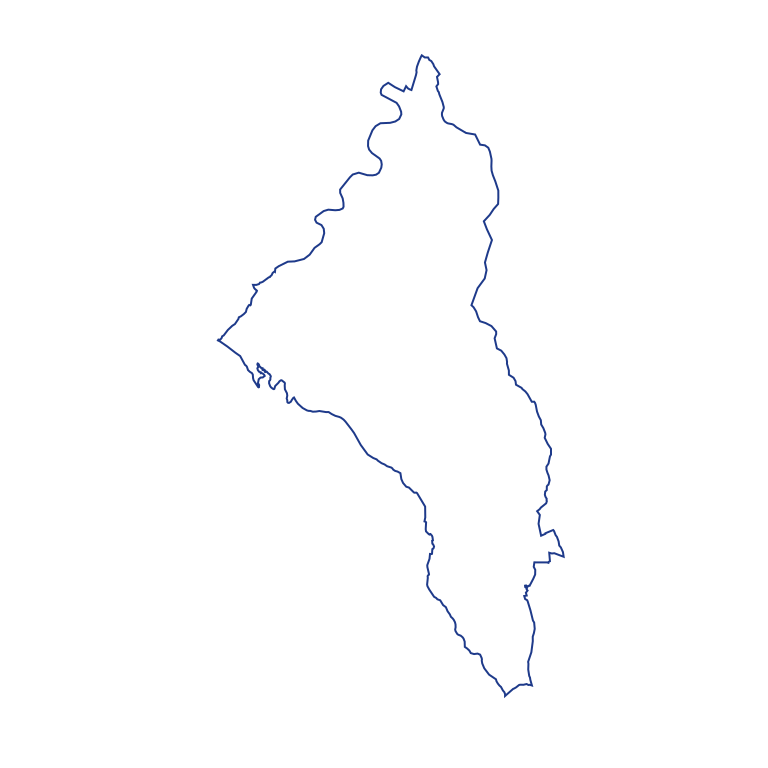 Valea Lunga, Alba, Romania (Natural Earth projection), rotated 84°
{"feature_id": "2599482B95544778278344", "entity_name": "Valea Lunga", "entity_type": "district", "adm_level": 2, "iso_a3": "ROU", "parent_name": "Romania", "parent_adm1": "Alba", "projection": "natural_earth1", "projection_center": [24.097, 46.129], "detail": "fine", "context": "isolated", "style": "outline", "palette": "blue", "viewbox_px": 768, "rotation_deg": 84, "n_neighbors": 0, "source": "geoboundaries", "source_scale": "gbopen_adm2", "svg_char_len": 6134}
<svg xmlns="http://www.w3.org/2000/svg" viewBox="0 0 768 768"><g transform="rotate(84 384 384)"><path d="M278.3,501.1L278.6,500.9L279.1,501.2L285.2,506.6L291.3,508.2L291.8,508.8L291.3,509.8L291.9,510.5L294.9,512.7L297.9,513.8L299.8,516.1L301.8,519.4L302.5,521.4L304.1,522.0L308.8,526.0L310.3,528.9L313.9,533.6L318.9,538.3L319.7,540.0L321.2,540.6L322.5,541.9L322.8,542.6L322.5,544.0L323.3,544.6L324.4,542.8L330.4,535.8L337.4,528.5L341.2,524.1L350.4,520.3L351.5,519.1L352.7,518.5L355.9,517.8L357.8,516.2L359.4,514.2L360.9,513.5L364.5,513.6L366.6,513.3L373.9,509.5L374.2,509.1L374.1,508.7L372.0,508.3L371.6,508.4L371.6,508.8L370.8,508.9L370.5,509.4L366.2,508.1L364.7,506.1L364.8,503.9L363.5,501.8L362.3,502.2L361.0,503.4L360.4,504.5L360.4,505.4L359.5,505.3L358.8,506.9L357.0,508.0L355.1,508.3L353.6,507.0L352.8,507.5L351.1,507.9L350.4,507.5L350.7,506.9L352.1,506.2L353.7,506.0L354.1,505.2L355.1,504.6L355.6,503.2L356.4,503.5L357.3,503.3L357.8,502.4L357.7,502.0L357.1,501.8L357.3,501.4L358.8,500.5L359.2,501.1L359.5,501.1L359.7,500.5L359.3,499.8L359.4,499.4L361.6,497.8L362.1,496.9L364.0,495.9L364.8,495.8L365.9,496.4L367.4,496.5L368.4,497.0L369.1,497.9L371.3,498.2L374.3,497.4L375.5,496.7L377.1,495.1L377.6,494.1L377.4,493.6L374.6,492.4L371.8,488.9L370.4,487.7L369.6,486.3L369.6,485.4L372.2,482.7L373.0,482.5L375.1,482.9L378.9,483.1L383.0,481.5L385.4,481.4L388.3,482.3L389.9,481.9L391.9,482.0L392.6,481.5L392.9,480.5L391.9,478.5L390.3,477.4L388.3,475.6L388.0,474.9L391.4,473.5L394.6,471.7L399.3,467.5L402.2,463.4L402.8,461.9L403.1,460.0L404.1,457.7L404.3,454.4L404.1,451.1L405.9,444.5L406.1,442.0L408.4,439.2L410.6,435.7L412.1,431.9L413.1,430.2L415.2,427.9L417.3,426.3L425.4,421.3L429.6,418.9L442.2,413.5L452.4,407.6L456.5,402.4L458.2,399.2L459.6,398.1L462.5,394.7L464.1,391.8L466.1,389.5L467.9,385.4L468.8,384.5L470.1,383.8L471.6,382.0L472.5,379.7L474.4,377.0L480.4,376.7L484.4,375.4L488.5,372.6L489.6,370.0L495.0,365.6L495.3,365.0L495.4,363.2L496.0,362.5L510.2,355.9L521.0,356.9L524.9,358.1L525.4,357.0L526.0,356.6L532.8,357.7L535.0,357.6L538.1,355.1L538.5,354.4L538.0,353.8L538.0,353.5L539.8,352.2L541.2,351.8L544.3,351.7L544.6,351.7L544.9,352.5L547.7,352.6L548.2,352.4L548.6,351.9L550.9,351.2L552.5,351.9L553.1,352.6L553.1,353.0L553.3,353.2L557.9,354.0L558.1,354.5L557.8,356.0L562.6,357.0L568.7,359.9L570.6,360.0L577.9,359.1L578.4,359.3L579.0,360.3L579.7,360.7L581.4,360.7L588.0,362.1L589.7,361.9L593.1,360.5L600.9,356.4L602.2,354.5L603.7,353.4L605.0,350.7L610.1,348.3L612.4,345.8L616.7,344.5L620.0,342.6L622.5,341.8L624.2,340.3L625.8,339.3L628.4,338.3L630.7,338.0L633.4,338.2L635.6,338.9L637.2,338.7L640.2,337.3L641.1,336.4L642.3,334.0L644.1,332.3L645.5,331.5L648.6,330.7L653.9,331.1L655.7,329.0L658.0,327.0L660.7,325.8L662.0,322.7L661.9,319.1L663.2,316.7L666.8,315.5L668.1,315.4L669.4,315.7L672.2,315.5L677.2,314.0L684.0,309.9L689.4,303.5L691.4,303.2L693.8,302.1L696.0,300.7L697.5,299.3L701.2,297.8L703.1,296.5L705.2,296.0L706.9,296.2L700.7,287.4L700.4,286.3L699.5,284.3L697.5,281.2L697.3,280.1L697.7,276.8L697.3,273.5L698.4,271.9L698.4,270.5L699.3,268.4L693.5,269.4L691.2,269.5L689.5,270.1L683.0,270.4L677.3,269.6L675.4,269.7L666.2,265.5L655.3,262.9L650.9,262.5L647.5,261.0L643.3,259.7L636.9,259.6L634.8,260.6L624.5,262.0L615.3,263.8L614.0,264.2L612.6,266.1L609.5,266.7L609.3,264.2L606.4,264.7L604.4,262.8L603.2,263.6L602.3,263.3L600.7,264.8L599.3,264.8L599.2,263.7L600.6,262.3L600.0,261.6L599.7,260.8L599.9,260.3L593.3,255.9L589.3,253.6L584.6,253.0L581.5,254.2L577.1,253.1L578.5,240.5L579.0,239.2L578.2,239.0L577.6,237.5L569.1,237.3L570.1,234.8L570.1,232.3L574.6,223.4L569.9,223.6L565.0,225.2L563.0,226.6L558.8,226.8L554.1,228.0L552.3,229.1L547.9,230.3L546.9,231.0L549.3,239.1L549.9,239.2L551.3,243.6L539.2,244.9L530.5,242.7L526.5,245.0L524.8,242.3L523.3,240.9L519.6,235.2L517.5,234.3L516.5,234.5L515.2,234.2L513.0,235.2L511.0,235.6L507.8,234.9L506.5,233.2L503.0,232.8L502.1,232.2L501.2,230.9L497.0,229.3L492.1,229.9L489.5,230.7L486.1,231.4L483.2,231.1L480.3,228.7L473.3,226.5L471.7,225.3L465.9,224.7L460.6,227.5L454.3,229.8L451.0,228.7L449.4,228.8L444.6,230.1L440.7,231.9L436.4,231.8L432.5,233.4L427.4,234.7L420.5,235.3L418.5,235.8L417.3,236.5L417.1,238.9L409.1,242.3L406.2,244.2L403.5,246.9L402.2,247.6L398.5,252.8L394.9,252.9L391.3,254.5L387.9,258.8L383.6,258.4L376.7,259.6L374.8,259.3L371.1,259.5L367.2,261.2L363.1,263.9L360.4,268.0L350.1,269.2L346.1,267.2L343.5,267.0L337.6,271.1L334.0,276.6L331.6,282.0L327.4,283.5L321.4,284.8L317.0,286.9L314.8,288.8L298.5,280.9L289.6,272.8L281.5,270.1L273.7,270.9L264.0,267.0L252.1,261.6L240.8,265.5L232.6,267.7L226.9,261.2L221.4,256.6L216.9,251.7L210.6,250.8L203.6,250.1L194.2,252.1L187.7,253.9L183.1,254.7L178.9,254.5L173.2,253.7L171.3,253.6L164.0,254.4L159.9,255.6L157.2,258.7L156.0,263.4L145.4,267.3L142.9,276.2L136.3,285.1L133.4,287.8L132.6,289.4L131.5,293.1L130.8,294.3L129.2,296.1L127.3,297.1L123.5,298.2L121.8,298.2L120.4,298.0L116.2,295.8L114.9,295.6L109.7,296.4L101.6,298.7L99.5,299.0L98.2,299.8L93.5,300.8L91.4,298.8L89.4,298.7L84.1,299.2L81.7,296.3L73.3,301.0L71.1,301.5L67.8,303.2L66.4,305.1L63.9,306.0L63.5,309.3L61.1,312.1L62.4,313.0L66.9,315.6L71.8,318.0L75.6,319.1L77.3,319.0L80.1,319.9L94.5,326.0L93.6,327.8L92.5,329.3L90.1,330.9L95.0,333.9L89.9,342.1L84.9,348.3L87.5,353.4L90.6,356.1L93.9,356.8L96.2,356.2L105.7,342.1L109.5,340.0L115.0,338.5L117.7,338.6L122.0,341.2L124.1,345.3L124.9,350.6L124.3,360.3L126.7,365.4L130.5,369.0L140.3,374.3L145.7,375.0L149.3,374.3L153.1,371.8L159.3,364.8L161.8,363.5L165.4,363.3L168.6,364.1L173.4,367.0L175.0,370.0L175.3,373.4L174.6,378.7L171.2,387.0L172.4,393.2L174.9,396.3L186.0,407.3L189.4,407.6L195.1,405.7L199.6,405.4L203.5,405.7L205.1,406.7L206.2,410.1L206.1,414.3L204.8,421.2L205.7,425.9L210.6,434.4L213.5,435.4L216.5,434.2L219.4,429.6L223.3,427.7L227.8,427.7L236.5,431.2L238.3,433.5L241.3,438.8L247.6,444.4L251.3,450.5L252.7,460.1L252.3,466.9L255.8,476.3L257.8,480.0L261.0,480.7L260.6,481.1L261.9,483.1L264.2,484.5L264.9,485.7L265.7,486.3L265.9,487.5L269.7,493.9L270.2,495.6L270.2,496.7L271.5,497.8L272.1,500.7L271.7,503.9L274.7,503.2L275.8,502.6L277.8,500.7L278.3,501.1Z" fill="none" stroke="#1e3a8a" stroke-width="2"/></g></svg>